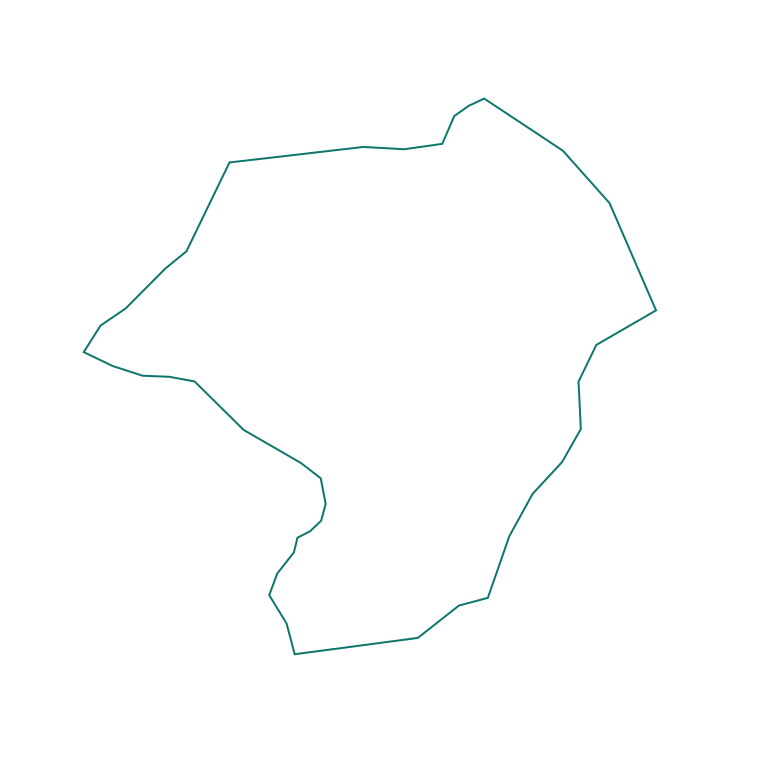 the District of Kyankwanzi, rotated 345°
{"feature_id": "UGA-5602", "entity_name": "Kyankwanzi", "entity_type": "District", "adm_level": 1, "iso_a3": "UGA", "parent_name": "Uganda", "parent_adm1": "", "projection": "natural_earth1", "projection_center": [31.594, 1.103], "detail": "fine", "context": "isolated", "style": "outline", "palette": "teal", "viewbox_px": 768, "rotation_deg": 345, "n_neighbors": 0, "source": "natural_earth", "source_scale": "10m", "svg_char_len": 658}
<svg xmlns="http://www.w3.org/2000/svg" viewBox="0 0 768 768"><g transform="rotate(345 384 384)"><path d="M554.6,134.2L617.2,205.0L648.7,267.7L665.8,383.3L599.2,401.2L572.5,432.1L562.5,478.4L535.8,505.5L499.1,528.6L465.7,563.4L429.0,617.4L399.0,617.4L351.0,638.0L227.8,621.9L227.9,590.1L218.5,558.2L231.9,539.4L253.4,523.3L260.6,510.1L274.5,507.1L287.9,499.8L296.6,484.8L298.5,458.7L283.3,438.8L236.5,392.0L201.7,332.5L178.3,321.4L152.9,313.5L126.7,296.5L102.2,275.5L125.3,254.2L154.1,244.1L202.8,215.8L227.5,204.7L292.1,130.0L425.5,149.7L464.4,162.5L502.4,167.1L521.2,143.4L537.5,137.3L554.6,134.2Z" fill="none" stroke="#0f766e" stroke-width="2"/></g></svg>